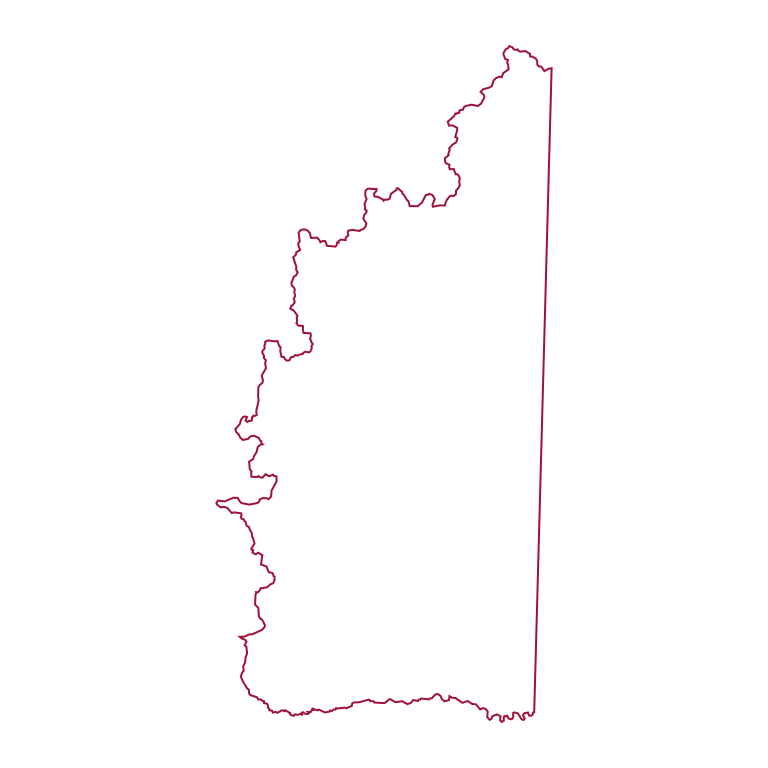 Minas, Neuquén, Argentina (Robinson projection)
{"feature_id": "61730980B83273988840504", "entity_name": "Minas", "entity_type": "district", "adm_level": 2, "iso_a3": "ARG", "parent_name": "Argentina", "parent_adm1": "Neuquén", "projection": "robinson", "projection_center": [-70.936, -36.758], "detail": "fine", "context": "isolated", "style": "outline", "palette": "rose", "viewbox_px": 768, "rotation_deg": 0, "n_neighbors": 0, "source": "geoboundaries", "source_scale": "gbopen_adm2", "svg_char_len": 6087}
<svg xmlns="http://www.w3.org/2000/svg" viewBox="0 0 768 768"><path d="M551.6,68.2L548.4,68.8L544.4,71.1L541.2,66.6L538.7,66.3L537.3,64.8L537.2,61.1L535.9,58.7L532.3,56.6L530.2,56.5L530.0,53.9L525.4,51.1L520.3,51.6L518.8,51.1L517.6,49.4L515.8,49.9L513.5,49.2L512.5,47.4L509.3,46.1L508.2,48.1L506.5,48.7L504.7,50.7L503.3,54.0L505.3,59.1L507.9,59.9L507.1,62.7L508.2,64.9L508.6,69.3L503.3,73.1L501.6,77.2L499.4,76.6L495.7,78.3L493.6,80.5L491.8,86.1L489.2,87.6L483.1,89.3L480.6,91.8L483.9,94.9L484.4,97.5L481.1,103.6L477.9,106.0L471.4,104.7L465.7,106.0L464.0,107.1L462.9,109.7L459.6,110.4L459.2,112.9L457.4,112.9L456.6,113.8L455.3,113.5L454.2,116.0L447.8,121.7L448.9,125.6L452.6,125.4L457.1,127.8L457.3,130.0L455.2,137.0L457.2,137.8L457.4,139.1L456.1,142.4L452.6,144.6L449.1,148.4L449.8,149.8L448.3,153.8L448.6,155.2L444.9,158.2L445.0,160.9L445.7,163.1L449.5,164.7L449.1,167.1L449.8,169.3L453.7,169.0L455.7,174.2L457.4,174.3L458.7,175.8L459.8,178.1L459.2,182.0L459.8,185.2L458.6,187.8L456.1,190.5L455.8,194.4L453.4,196.2L451.5,195.5L449.6,196.4L446.6,200.2L444.7,205.6L440.4,205.3L432.8,206.7L432.5,204.6L434.8,199.1L432.4,195.0L429.1,193.8L427.9,194.8L425.9,194.9L422.0,202.5L417.7,206.2L409.7,206.1L408.5,201.3L407.0,200.1L403.9,194.8L402.4,193.8L402.2,192.0L397.7,188.1L396.6,188.6L396.4,189.9L391.0,193.8L389.6,198.8L386.8,199.8L384.2,199.6L383.6,200.7L382.5,199.3L377.8,196.8L374.6,196.6L373.9,193.6L376.2,191.2L376.6,189.1L368.0,188.6L365.7,190.3L365.2,193.5L365.3,195.9L366.6,199.0L364.5,204.0L365.2,207.8L364.8,209.1L366.7,210.8L366.2,212.7L364.2,214.9L363.3,218.7L366.4,223.5L365.6,226.3L363.5,229.1L360.3,230.0L359.7,231.0L351.9,229.8L348.2,230.8L347.7,232.4L348.3,235.5L345.7,237.7L345.6,240.1L340.7,239.6L338.3,241.4L338.6,242.7L337.0,242.8L336.6,245.3L335.5,246.6L327.1,245.8L325.1,241.0L322.7,241.1L320.4,242.2L320.1,241.0L317.2,237.6L311.0,238.0L309.9,233.2L307.8,230.7L306.2,229.9L304.4,229.3L300.9,229.9L298.6,232.6L299.7,241.5L298.3,243.2L298.2,244.9L300.1,250.0L296.2,252.3L296.2,254.2L293.2,257.4L296.3,266.8L296.2,270.0L297.7,272.1L296.2,275.2L293.8,276.7L291.4,283.2L291.9,285.7L293.9,287.4L294.8,289.4L294.3,292.2L295.2,296.0L293.9,298.4L294.7,302.3L292.7,305.2L291.5,305.5L290.3,308.8L293.7,310.5L297.5,315.8L296.8,316.7L297.1,321.8L296.4,323.0L298.2,325.6L302.9,325.9L302.9,330.0L303.6,332.9L310.5,333.3L310.9,335.8L310.0,339.0L311.3,340.8L311.3,342.2L312.8,344.0L311.4,346.3L311.8,348.1L310.5,351.3L309.0,352.4L305.3,351.7L303.2,352.9L302.7,354.0L299.3,354.6L297.7,355.6L295.2,355.1L293.5,356.8L290.8,357.3L289.6,360.2L286.9,360.7L284.9,359.0L283.9,356.9L281.5,356.8L280.3,351.3L280.6,347.3L279.2,346.1L277.4,341.0L274.6,341.4L268.3,340.4L265.2,341.7L265.2,344.0L264.3,345.6L264.7,348.4L262.4,351.1L262.3,352.7L264.1,356.1L263.8,358.0L265.9,360.2L265.1,363.4L266.0,368.1L261.7,375.6L263.0,380.4L262.4,382.8L259.6,385.1L258.4,387.2L258.1,395.7L258.6,400.6L256.2,411.5L256.8,414.8L255.3,415.8L253.4,415.6L253.3,416.7L252.0,417.3L251.9,420.0L251.2,420.9L249.7,420.7L247.4,421.9L245.6,420.6L247.0,417.0L244.6,416.4L243.0,417.2L241.0,419.7L239.9,423.9L235.3,429.2L236.5,432.4L238.9,434.7L240.1,437.5L242.9,440.0L248.0,438.9L250.3,436.4L253.9,435.7L259.0,438.0L260.0,440.4L261.3,441.0L261.3,442.9L262.6,444.3L261.0,444.4L257.9,446.8L256.4,452.4L253.8,456.5L253.2,459.1L249.1,461.6L249.8,469.4L251.6,471.5L251.1,473.4L251.5,476.8L257.2,477.0L258.5,476.1L260.1,477.3L262.5,477.6L265.6,474.2L269.1,476.3L273.1,474.6L274.1,476.0L276.5,476.4L276.5,481.5L271.5,490.8L271.2,496.5L268.5,499.2L266.8,498.3L262.8,498.1L259.8,499.5L259.3,501.4L257.5,503.0L249.5,504.6L241.5,503.1L239.5,501.1L237.8,497.9L233.2,497.8L224.8,501.4L217.8,500.6L216.4,503.2L217.1,504.6L220.6,507.3L224.5,506.9L227.3,507.9L231.7,513.0L234.1,512.4L241.1,513.3L241.6,515.4L240.8,516.8L241.6,518.7L243.8,519.4L244.3,520.8L245.6,521.8L246.6,525.8L249.0,527.0L249.9,530.0L251.7,532.6L252.2,536.9L253.0,537.9L254.5,543.7L251.2,548.8L251.6,549.7L253.1,550.1L252.5,552.6L255.9,554.4L258.1,552.7L262.3,555.1L261.0,564.5L266.5,566.5L268.7,572.2L272.1,572.9L273.2,574.1L273.4,575.8L274.6,576.7L274.5,580.5L273.2,583.2L270.3,584.4L266.9,587.4L260.4,588.3L260.2,589.6L258.2,592.1L256.0,592.1L256.3,593.0L255.5,594.9L255.1,604.6L258.3,607.9L258.9,616.5L260.6,619.0L261.8,619.3L263.7,622.6L265.0,625.4L264.4,627.3L261.7,630.0L252.3,634.3L249.2,634.4L244.4,636.6L239.8,636.8L241.7,638.5L244.9,639.6L246.5,641.6L244.6,645.3L246.4,646.7L247.1,653.5L245.6,657.2L245.2,662.0L243.2,666.6L243.7,670.8L242.3,672.4L240.8,676.5L242.9,681.5L247.2,688.5L248.9,689.7L249.1,693.5L250.2,695.0L257.0,697.3L258.1,699.4L261.0,699.5L262.7,701.1L264.0,701.2L264.0,703.0L266.9,703.7L267.9,705.2L268.0,707.8L269.4,709.0L269.4,710.3L272.2,710.7L272.8,712.6L275.5,711.9L277.3,712.8L282.0,710.3L284.6,711.2L285.0,710.2L290.2,713.0L289.8,713.6L291.0,715.2L293.8,715.8L294.8,714.4L297.5,714.8L300.6,714.0L301.9,714.9L302.3,714.5L301.5,713.1L302.9,712.2L305.2,713.8L308.2,713.9L309.0,713.0L307.9,711.9L310.6,712.1L311.6,710.3L313.1,710.0L312.2,709.3L312.5,708.6L317.7,710.4L318.8,709.6L325.1,712.5L329.6,711.5L330.0,710.5L331.8,711.2L333.4,709.5L335.4,709.5L336.2,708.0L337.1,708.5L344.8,707.6L346.2,708.3L351.8,705.9L352.2,703.3L353.9,702.5L359.3,702.2L368.5,699.7L369.4,699.8L370.1,701.1L373.6,701.3L374.3,702.5L383.2,703.1L385.1,702.8L389.1,699.4L390.3,699.2L395.4,702.2L402.1,701.2L407.3,704.1L410.7,703.0L413.3,700.0L417.9,701.0L418.6,699.6L420.4,699.5L421.3,698.5L428.7,699.4L430.1,698.4L431.7,698.4L435.3,694.5L437.7,694.0L440.6,696.0L441.8,699.1L444.5,701.3L449.0,700.1L449.5,696.1L451.9,697.7L455.5,698.1L462.5,702.8L467.7,701.0L472.3,704.0L476.0,704.3L480.2,709.4L482.8,708.1L485.3,708.7L487.7,711.5L487.2,717.1L489.6,719.8L491.5,718.8L492.4,716.2L497.0,714.4L500.5,716.2L500.0,720.1L501.6,721.9L503.8,720.6L503.8,716.9L504.5,716.1L505.6,716.5L507.2,715.7L508.5,718.5L510.9,719.3L512.3,718.7L513.3,716.9L513.1,713.1L514.1,712.4L517.9,713.4L521.5,719.2L523.5,720.0L524.7,718.5L523.0,715.2L524.2,713.3L527.9,712.5L529.1,715.6L531.4,715.6L532.5,714.9L533.0,712.6L534.2,712.3L551.6,68.2Z" fill="none" stroke="#9f1239" stroke-width="2"/></svg>